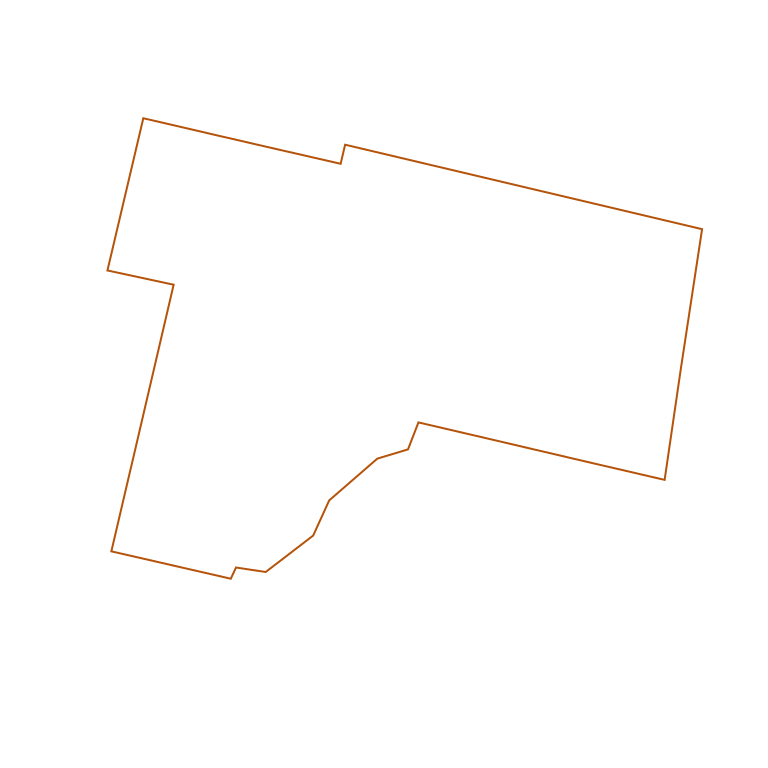 the district of Jefferson Davis, Mississippi, United States of America, rotated 103°
{"feature_id": "52423323B71217436545860", "entity_name": "Jefferson Davis", "entity_type": "district", "adm_level": 2, "iso_a3": "USA", "parent_name": "United States of America", "parent_adm1": "Mississippi", "projection": "equal_earth", "projection_center": [-89.767, 31.582], "detail": "fine", "context": "isolated", "style": "outline", "palette": "amber", "viewbox_px": 768, "rotation_deg": 103, "n_neighbors": 0, "source": "geoboundaries", "source_scale": "gbopen_adm2", "svg_char_len": 452}
<svg xmlns="http://www.w3.org/2000/svg" viewBox="0 0 768 768"><g transform="rotate(103 384 384)"><path d="M530.6,611.8L608.4,612.0L608.2,489.5L596.1,486.9L593.8,457.0L547.6,418.9L509.7,411.2L458.2,373.7L442.3,345.9L413.7,341.8L413.8,292.3L414.2,160.0L414.3,89.0L302.3,98.2L161.6,108.9L159.6,475.7L179.2,475.8L179.3,537.4L179.3,601.1L179.2,678.3L335.6,679.0L334.6,611.3L511.3,611.7L530.6,611.8Z" fill="none" stroke="#b45309" stroke-width="2"/></g></svg>